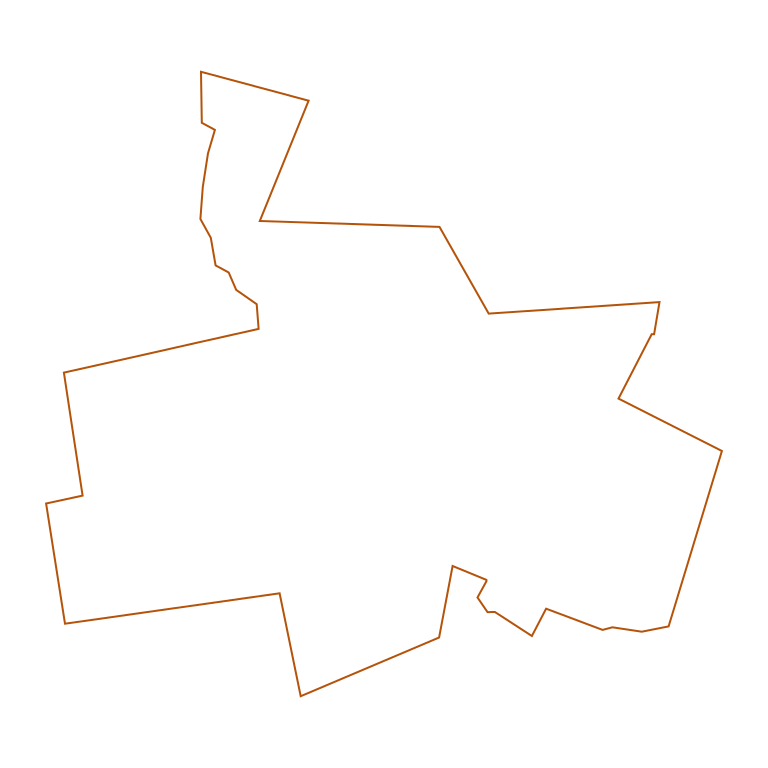 outline of Redcliff, Midlands, Zimbabwe
{"feature_id": "62879985B17872129948675", "entity_name": "Redcliff", "entity_type": "district", "adm_level": 2, "iso_a3": "ZWE", "parent_name": "Zimbabwe", "parent_adm1": "Midlands", "projection": "mercator", "projection_center": [29.763, -19.011], "detail": "fine", "context": "isolated", "style": "outline", "palette": "amber", "viewbox_px": 768, "rotation_deg": 0, "n_neighbors": 0, "source": "geoboundaries", "source_scale": "gbopen_adm2", "svg_char_len": 709}
<svg xmlns="http://www.w3.org/2000/svg" viewBox="0 0 768 768"><path d="M308.6,100.7L201.0,71.8L201.8,122.8L214.9,129.9L208.0,153.3L202.8,186.9L200.4,219.0L210.8,237.8L215.6,265.4L228.7,272.5L236.2,289.9L256.7,304.2L258.6,328.7L258.6,328.9L196.6,342.8L177.2,347.2L163.6,350.3L153.3,352.6L63.9,372.6L70.4,415.6L82.6,495.6L46.1,503.5L65.0,623.7L279.6,593.3L300.7,696.2L439.1,637.5L452.6,566.0L486.4,579.9L486.5,581.1L477.5,597.5L487.5,612.1L490.0,612.1L492.4,612.0L494.9,612.0L531.9,636.0L546.1,608.7L602.6,629.9L612.4,627.3L641.8,631.7L668.6,626.4L721.9,451.0L618.5,398.6L651.7,334.2L654.1,334.2L659.5,302.1L488.7,313.6L439.5,226.9L259.8,221.0L308.6,100.7Z" fill="none" stroke="#b45309" stroke-width="2"/></svg>